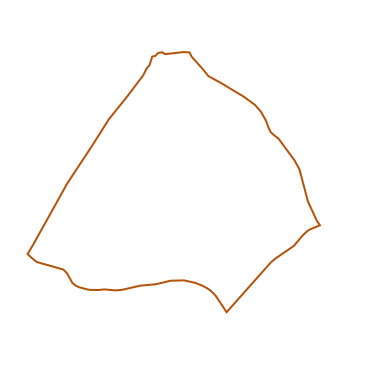 the District of Marowijne, rotated 291°
{"feature_id": "SUR-67", "entity_name": "Marowijne", "entity_type": "District", "adm_level": 1, "iso_a3": "SUR", "parent_name": "Suriname", "parent_adm1": "", "projection": "albers", "projection_center": [-54.373, 5.594], "detail": "fine", "context": "isolated", "style": "outline", "palette": "amber", "viewbox_px": 384, "rotation_deg": 291, "n_neighbors": 0, "source": "natural_earth", "source_scale": "10m", "svg_char_len": 919}
<svg xmlns="http://www.w3.org/2000/svg" viewBox="0 0 384 384"><g transform="rotate(291 192 192)"><path d="M258.2,276.5L251.5,284.3L224.5,303.8L210.0,318.7L206.8,323.3L206.7,323.2L198.6,314.8L195.5,313.0L190.7,310.7L178.4,306.5L159.3,293.4L154.6,290.9L92.2,267.4L103.5,251.5L105.3,247.8L106.7,244.2L107.7,240.0L108.2,235.3L108.4,228.0L106.6,216.1L101.5,203.8L93.0,191.4L85.9,177.1L75.3,161.3L72.6,155.5L69.7,145.2L67.0,139.8L64.2,132.3L63.6,129.7L62.6,120.8L63.0,116.5L64.4,112.7L71.1,104.7L73.5,99.8L71.0,72.3L73.4,64.9L75.2,60.7L85.9,62.6L155.0,72.4L197.2,81.7L230.1,88.3L258.7,97.5L283.3,104.6L291.2,105.4L295.4,106.9L304.1,106.3L306.1,109.1L309.7,110.5L311.7,114.0L311.1,117.6L319.4,133.5L321.4,139.6L318.1,143.4L310.0,159.1L306.0,165.9L304.2,179.6L299.5,206.3L295.8,219.8L291.5,227.8L285.3,235.3L279.4,240.5L276.1,244.0L274.8,247.2L272.7,253.8L258.2,276.5Z" fill="none" stroke="#b45309" stroke-width="2"/></g></svg>